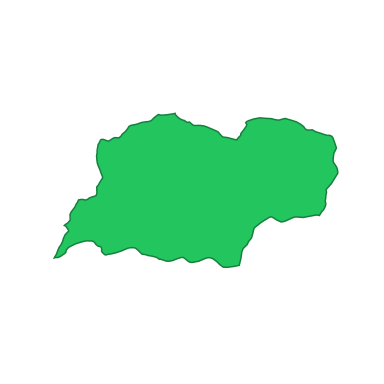 the district of Gongdue, Mongar, Bhutan, rotated 73°
{"feature_id": "84629894B588701148040", "entity_name": "Gongdue", "entity_type": "district", "adm_level": 2, "iso_a3": "BTN", "parent_name": "Bhutan", "parent_adm1": "Mongar", "projection": "equal_earth", "projection_center": [91.157, 27.034], "detail": "fine", "context": "isolated", "style": "filled", "palette": "green", "viewbox_px": 384, "rotation_deg": 73, "n_neighbors": 0, "source": "geoboundaries", "source_scale": "gbopen_adm2", "svg_char_len": 4107}
<svg xmlns="http://www.w3.org/2000/svg" viewBox="0 0 384 384"><g transform="rotate(73 192 192)"><path d="M214.8,343.0L214.8,341.6L215.2,340.3L215.4,339.2L215.3,338.1L215.1,336.3L214.7,335.3L214.3,334.0L213.7,331.9L212.8,330.3L210.7,329.2L208.9,326.3L208.2,322.7L207.7,319.6L207.5,317.7L207.5,315.6L207.5,314.8L207.5,312.6L207.6,310.6L207.6,308.9L208.0,306.8L208.4,305.6L209.0,304.0L209.4,302.3L210.5,300.9L211.6,299.9L213.0,299.6L214.0,299.2L215.1,298.5L216.4,297.6L216.8,296.9L217.6,295.4L218.8,294.9L220.4,295.2L222.5,295.8L224.1,295.2L225.4,294.4L226.7,293.5L227.0,292.9L227.0,292.0L227.1,291.1L227.0,290.1L227.3,289.2L227.5,287.8L227.7,285.7L227.9,282.7L227.8,281.1L227.8,279.4L227.7,276.1L227.2,272.2L227.0,268.6L227.6,266.0L228.3,263.9L229.1,262.6L230.3,261.6L232.1,260.5L234.8,259.1L236.3,258.3L237.0,257.7L237.7,256.1L238.4,254.6L239.3,253.4L240.1,252.3L240.6,251.0L242.1,248.3L243.4,246.1L244.4,244.7L245.5,243.9L246.2,243.5L246.6,242.9L247.0,242.6L247.0,241.9L247.5,241.1L248.1,240.3L250.7,236.5L251.5,234.1L251.9,230.6L251.4,224.6L251.5,221.5L251.9,219.7L253.8,218.1L257.1,215.9L258.5,214.6L259.4,212.6L260.2,205.7L259.9,203.6L259.4,198.6L259.4,196.7L259.8,194.7L261.4,191.9L266.0,188.5L269.5,186.7L273.0,184.1L274.2,180.9L275.3,174.6L275.8,169.7L276.0,168.3L270.1,164.8L263.9,161.9L261.0,159.6L258.5,154.7L256.0,152.4L253.5,148.7L250.8,146.8L244.9,143.4L243.9,141.4L241.3,134.8L239.8,129.3L238.8,125.4L238.8,123.6L240.5,121.6L243.4,119.3L246.8,115.4L247.1,111.6L246.0,102.8L246.0,100.7L246.7,98.5L248.8,93.4L250.2,81.1L250.4,79.5L251.7,77.0L250.5,75.7L249.1,74.1L247.8,71.9L246.6,70.4L244.9,68.9L243.4,67.9L241.8,67.3L240.2,67.3L239.0,67.1L237.6,66.2L235.6,65.4L234.4,65.0L231.8,63.5L229.9,63.2L228.8,62.9L225.1,56.8L224.7,56.2L220.2,51.1L219.1,49.8L216.7,47.1L214.7,46.6L213.3,46.4L210.7,46.4L204.7,48.1L203.2,47.8L202.3,47.6L198.6,46.0L196.7,45.2L192.2,41.0L185.0,41.2L181.4,41.4L179.7,42.0L178.3,43.4L178.1,43.8L177.4,46.1L175.9,48.4L172.8,52.7L170.4,56.3L167.7,58.8L167.2,61.3L166.3,64.0L164.5,65.4L162.3,66.0L159.3,68.0L156.5,70.6L155.1,72.1L151.9,76.8L151.5,77.4L150.6,78.9L148.9,81.3L148.7,84.7L148.7,87.9L147.3,91.0L145.0,94.8L143.0,100.2L140.9,105.5L140.5,108.8L140.2,111.9L140.3,114.2L140.3,117.0L140.7,119.3L141.5,120.4L143.3,119.9L144.5,120.4L147.2,123.7L150.5,128.3L151.9,128.8L152.2,129.1L153.1,130.9L154.0,132.4L154.8,133.4L155.3,133.9L153.7,136.8L151.8,139.8L150.4,142.1L149.5,143.9L149.2,144.8L148.8,145.8L147.8,146.9L145.8,147.9L141.9,149.6L139.8,152.0L134.5,158.3L133.6,159.5L132.4,161.1L130.7,164.8L130.0,166.9L129.6,168.8L128.7,171.1L126.4,172.7L124.4,173.9L124.2,175.3L124.0,176.0L123.7,176.5L122.8,177.4L121.5,178.2L120.8,179.4L119.6,181.0L118.3,182.2L116.9,183.3L114.9,184.4L113.3,185.2L111.8,185.2L111.8,186.2L111.6,188.1L110.9,192.7L110.3,195.9L109.5,199.1L108.0,201.6L108.5,202.6L109.1,204.5L110.1,207.0L111.7,209.8L112.0,212.4L111.6,214.4L110.8,219.5L111.0,225.5L110.5,230.0L110.5,231.4L110.8,233.0L112.8,235.3L114.7,238.0L116.3,241.8L116.5,242.2L117.3,242.8L118.1,244.2L118.5,245.2L118.8,246.1L118.4,247.6L117.5,249.5L117.4,251.1L117.9,253.1L118.5,255.0L118.9,256.3L118.6,257.7L116.9,259.9L115.6,261.7L115.3,263.0L115.4,264.1L116.4,265.1L118.4,266.9L118.9,267.7L119.5,268.1L120.8,268.7L122.5,269.6L124.5,270.6L126.9,271.3L127.9,271.9L130.1,272.9L132.1,273.2L133.4,273.6L135.7,273.9L136.8,274.1L139.7,274.0L142.4,273.7L145.2,273.5L147.0,273.5L148.6,273.3L151.6,273.1L152.6,273.6L154.1,275.4L156.3,277.9L157.7,279.2L159.4,281.7L160.3,281.9L162.7,282.6L163.8,282.8L165.4,283.3L167.0,284.5L167.5,284.9L167.5,286.1L167.5,289.0L167.6,291.5L168.5,294.3L168.6,296.3L167.5,298.0L166.8,299.7L166.5,301.6L166.4,302.7L166.8,303.3L168.1,304.2L168.7,304.9L169.6,306.2L171.9,308.1L173.3,310.0L175.7,313.3L177.5,315.0L178.5,315.5L179.4,315.6L181.1,316.1L183.2,316.7L183.6,317.2L183.8,317.7L184.9,319.2L185.6,320.8L186.0,322.6L186.7,323.9L187.6,322.8L189.8,322.0L192.3,321.3L193.5,321.6L195.0,324.6L196.0,326.1L199.4,329.0L201.9,330.4L202.5,331.3L204.0,332.5L206.1,335.3L208.8,337.5L212.0,340.0L214.2,342.5L214.8,343.0Z" fill="#22c55e" stroke="#15803d" stroke-width="1.5"/></g></svg>